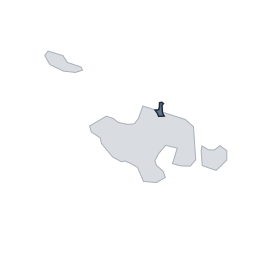 Mariehamn on a map of Aland (Equal Earth projection), rotated 201°
{"feature_id": "ALD-4817", "entity_name": "Mariehamn", "entity_type": "state/province", "adm_level": 1, "iso_a3": "ALA", "parent_name": "Aland", "parent_adm1": "", "projection": "equal_earth", "projection_center": [19.945, 60.079], "detail": "fine", "context": "in_parent", "style": "filled", "palette": "slate", "viewbox_px": 256, "rotation_deg": 201, "n_neighbors": 0, "source": "natural_earth", "source_scale": "10m", "svg_char_len": 968}
<svg xmlns="http://www.w3.org/2000/svg" viewBox="0 0 256 256"><g transform="rotate(201 128 128)"><path d="M113.6,96.0L119.4,96.0L121.9,94.1L132.1,95.5L147.3,104.1L150.4,108.8L160.9,111.2L164.6,116.1L152.5,131.3L145.0,131.6L139.3,129.7L129.4,131.3L123.6,134.2L121.7,140.5L122.0,153.8L77.6,156.5L67.3,152.6L53.4,122.5L56.2,114.7L65.6,111.4L73.7,110.7L74.8,126.9L86.7,125.3L90.4,114.6L91.2,107.1L88.0,103.3L80.0,100.4L75.4,95.3L82.0,87.2L94.4,83.7L105.0,94.6L113.6,96.0ZM51.5,132.8L52.5,137.8L45.2,136.5L39.6,138.3L35.8,144.5L27.6,142.2L24.3,133.3L30.5,120.0L45.2,119.5L51.5,132.8ZM231.7,165.7L230.2,171.1L214.7,172.3L208.2,167.5L193.7,168.1L191.1,165.7L197.1,161.0L208.6,158.0L223.6,159.2L231.7,165.7Z" fill="#d9dde1" stroke="#a8b0b8" stroke-width="1"/><path d="M109.1,154.4L105.9,156.0L106.3,159.1L107.6,162.8L105.8,164.1L103.7,163.5L104.4,161.3L101.1,154.3L98.5,152.1L103.6,149.9L105.9,152.3L109.1,154.4Z" fill="#64748b" stroke="#1e293b" stroke-width="1.5"/></g></svg>